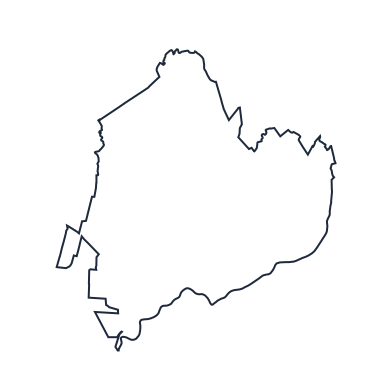 Mosnita Noua, Timis, Romania, rotated 350°
{"feature_id": "2599482B38948960386804", "entity_name": "Mosnita Noua", "entity_type": "district", "adm_level": 2, "iso_a3": "ROU", "parent_name": "Romania", "parent_adm1": "Timis", "projection": "orthographic", "projection_center": [21.343, 45.72], "detail": "fine", "context": "isolated", "style": "outline", "palette": "slate", "viewbox_px": 384, "rotation_deg": 350, "n_neighbors": 0, "source": "geoboundaries", "source_scale": "gbopen_adm2", "svg_char_len": 5947}
<svg xmlns="http://www.w3.org/2000/svg" viewBox="0 0 384 384"><g transform="rotate(350 192 192)"><path d="M308.8,264.9L314.0,259.2L314.9,258.3L316.4,256.6L317.5,255.1L318.2,253.5L319.4,249.1L319.5,247.8L319.6,245.9L319.8,244.2L320.3,243.3L321.3,241.7L323.4,238.9L323.9,237.5L324.3,234.8L326.1,229.2L327.2,226.8L327.4,225.3L329.9,216.2L330.2,213.4L331.6,204.2L334.5,202.2L333.4,200.4L333.4,200.2L333.2,197.6L333.3,195.2L332.6,192.9L332.7,192.7L334.0,189.8L334.6,188.9L338.3,188.6L338.2,187.3L337.6,185.1L337.7,184.1L337.8,183.6L337.0,170.9L336.6,170.9L336.1,171.2L334.3,173.3L333.0,174.0L332.4,174.2L332.2,174.1L332.1,173.9L332.1,173.1L332.0,172.6L331.2,171.6L330.7,170.4L331.3,169.8L331.5,169.5L331.7,168.8L331.7,168.5L331.1,167.9L330.3,167.5L329.9,166.8L328.9,166.0L328.5,165.4L326.9,164.3L326.5,163.6L326.4,162.8L326.6,162.0L326.8,161.5L327.3,161.0L327.7,160.3L327.8,159.9L327.8,159.2L322.0,163.8L321.2,165.8L320.6,166.7L319.9,167.7L318.9,168.6L318.7,168.5L318.8,167.8L318.7,167.7L312.6,175.3L308.9,166.7L306.1,159.5L306.2,158.9L306.5,158.3L308.2,156.5L308.2,156.3L307.9,155.4L306.7,154.0L302.4,150.5L301.1,151.0L300.8,150.9L300.1,150.6L299.3,149.9L297.5,147.6L296.9,147.9L288.6,152.5L284.2,143.3L280.2,143.2L279.8,142.9L279.4,142.9L275.7,143.5L275.3,143.9L275.3,144.2L275.6,145.8L275.6,146.3L275.4,146.8L275.1,147.5L274.4,148.0L273.9,148.3L273.5,148.2L273.1,147.7L272.3,147.3L271.4,147.4L270.9,147.7L270.6,148.0L270.5,148.8L270.9,149.9L271.0,150.8L270.9,151.2L270.7,151.5L269.9,151.9L269.6,152.2L269.5,152.6L269.5,153.7L269.4,154.0L269.2,154.1L268.6,154.2L266.2,154.3L265.3,154.5L264.9,155.0L264.3,157.4L263.4,160.0L260.8,162.6L260.4,162.8L260.1,162.5L258.3,158.8L255.6,159.6L247.1,146.1L248.9,143.0L250.2,137.4L252.9,133.9L253.8,117.1L252.3,117.2L252.2,117.5L240.8,127.6L237.7,116.0L236.9,108.6L236.8,106.6L234.7,87.6L233.7,87.6L230.6,85.6L230.2,85.3L229.3,84.2L228.8,83.1L227.6,79.8L226.4,75.1L225.7,73.9L225.5,72.9L225.5,71.4L226.1,68.9L226.1,67.8L226.2,63.5L226.1,62.7L225.6,61.4L224.8,60.1L224.0,59.1L223.0,57.8L222.5,57.3L221.4,56.4L220.5,55.0L219.4,54.1L219.0,54.8L218.8,55.0L218.1,55.3L217.6,55.3L215.6,54.9L214.5,54.5L213.7,54.1L213.4,53.7L212.9,52.5L212.6,52.2L211.3,52.0L206.1,52.1L204.5,52.9L204.0,53.0L203.7,52.9L203.2,52.6L203.1,52.4L203.0,51.9L202.9,49.7L202.7,49.2L202.4,49.0L201.6,48.9L200.7,49.8L199.4,50.7L199.3,50.9L199.1,52.1L197.8,53.1L197.6,52.9L197.7,51.9L197.2,49.8L197.0,49.3L196.4,48.7L195.1,48.9L191.3,51.1L189.9,52.1L189.1,54.3L188.7,55.0L188.2,55.3L187.8,56.3L187.6,57.2L186.9,57.5L186.6,58.1L186.3,59.0L186.4,59.5L186.5,59.6L187.3,60.0L187.5,60.3L187.5,60.6L187.3,60.9L186.4,61.6L186.1,61.8L185.5,61.5L184.5,60.4L183.6,59.7L182.8,59.3L179.8,62.6L178.6,64.7L178.3,66.2L178.3,66.4L179.9,73.0L177.8,74.3L167.9,80.8L167.3,81.5L141.2,92.8L135.6,95.4L114.2,104.8L113.7,105.3L113.4,104.6L112.2,105.2L113.9,109.2L114.6,111.4L114.3,112.7L114.0,113.5L114.0,114.1L114.2,114.9L114.1,115.3L113.1,115.6L111.7,116.1L111.2,116.6L111.0,117.3L111.0,117.6L111.3,118.0L112.4,117.8L112.4,118.2L111.7,119.1L111.5,119.6L111.4,120.4L111.7,121.2L112.6,121.7L112.9,122.1L113.0,122.4L113.1,122.8L112.8,123.4L111.8,124.3L111.6,124.7L111.5,124.9L111.6,125.3L111.8,125.6L112.9,126.6L113.2,127.0L113.3,127.8L113.1,128.9L113.4,129.8L113.4,130.4L113.2,130.9L112.1,131.9L109.9,133.8L108.9,134.4L107.5,135.6L106.8,135.7L104.1,135.7L103.6,135.8L103.3,136.1L103.3,136.5L103.4,136.8L104.7,138.3L105.3,139.3L105.5,140.1L105.8,142.2L105.7,143.5L105.4,145.6L105.1,146.2L103.9,147.4L103.8,147.8L103.8,148.4L104.1,149.1L104.1,150.3L103.8,151.4L103.4,152.3L103.1,153.7L102.7,154.8L102.6,155.4L102.7,157.3L102.6,158.7L102.4,159.0L102.1,159.1L100.8,158.9L99.5,166.3L99.3,166.4L98.1,171.4L97.8,172.2L95.0,179.8L92.7,179.3L82.6,202.0L78.6,201.8L77.6,204.1L73.5,213.1L71.9,211.2L64.4,204.4L64.3,204.5L63.1,203.4L63.1,206.6L61.5,208.2L60.4,211.2L57.3,218.0L54.1,224.7L50.6,232.7L50.4,232.8L45.7,242.5L54.7,245.1L58.2,244.1L59.6,243.1L61.1,241.3L64.6,234.0L67.3,235.2L71.3,226.5L72.6,223.4L75.7,216.5L77.6,219.9L80.7,224.2L89.4,237.1L86.6,239.7L85.0,248.0L84.2,249.3L84.2,252.0L78.5,250.5L77.2,251.2L74.5,264.6L74.7,264.9L71.9,278.1L88.4,282.1L87.8,288.4L89.1,289.3L90.3,291.0L98.6,295.1L98.2,298.7L75.6,293.3L84.4,320.5L93.1,322.0L94.7,320.1L96.4,318.5L98.3,317.2L98.7,317.5L96.1,319.3L95.3,320.5L89.7,331.2L91.3,335.2L92.3,335.3L92.6,333.9L95.3,330.5L96.2,329.2L96.5,328.1L96.6,327.4L96.4,324.2L96.7,323.4L97.1,323.0L98.3,322.6L99.2,322.7L100.4,323.0L102.4,324.0L105.3,326.2L106.3,326.8L107.4,327.2L108.8,327.4L110.4,327.1L111.7,326.7L114.5,324.3L115.4,323.2L116.8,319.7L117.6,316.5L118.0,314.0L118.0,311.4L118.4,310.5L119.1,309.7L119.6,309.3L120.1,309.1L121.3,309.1L122.9,309.1L126.3,309.5L129.3,309.3L131.8,308.8L133.8,308.2L136.3,307.0L137.9,305.6L139.4,303.0L141.2,300.3L141.8,299.8L142.4,299.5L143.1,299.2L144.2,299.1L147.2,299.5L148.6,299.4L149.8,299.2L151.4,298.7L152.1,298.4L154.4,296.2L155.6,295.3L157.1,294.6L159.9,293.8L160.8,293.4L161.4,292.9L161.9,292.3L162.7,291.0L163.3,289.8L164.1,288.8L164.9,288.2L165.9,287.5L167.7,286.6L169.0,286.1L169.7,285.9L170.8,286.0L171.9,286.3L172.7,286.8L174.2,287.9L175.3,289.0L176.2,290.1L176.7,291.0L177.7,292.1L178.7,292.9L179.4,293.3L180.4,293.7L181.5,294.0L183.4,294.2L184.7,294.5L186.8,296.0L187.1,296.4L189.2,299.6L189.3,300.2L189.7,301.0L190.1,302.3L190.6,304.4L191.2,305.6L191.8,306.4L192.1,306.5L192.7,306.4L193.0,306.4L194.5,305.5L197.1,304.2L198.4,303.4L202.1,302.2L204.8,301.8L206.2,301.4L207.3,300.6L210.0,298.3L211.8,297.1L213.2,296.5L214.1,296.3L216.1,296.0L217.3,296.0L221.9,296.2L224.7,295.9L227.9,294.8L231.3,293.9L234.0,292.8L243.3,288.6L246.3,287.0L247.6,286.5L250.6,286.2L252.9,286.3L254.6,285.9L255.2,285.6L255.9,285.0L258.0,283.1L259.9,280.7L260.7,279.4L261.4,278.3L263.0,277.0L266.3,276.6L272.6,277.4L275.3,277.9L279.8,278.2L281.9,278.0L283.2,277.7L289.5,276.1L292.5,275.6L295.9,274.7L299.9,273.0L302.4,271.4L304.8,269.1L308.8,264.9Z" fill="none" stroke="#1e293b" stroke-width="2"/></g></svg>